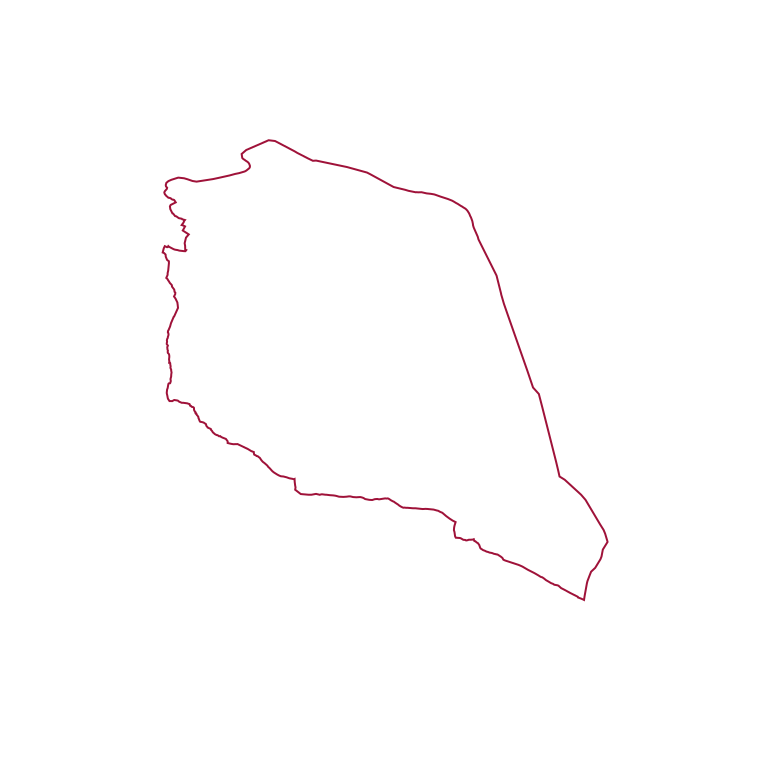 Skiptvet nor, Østfold, Norway, rotated 320°
{"feature_id": "86288312B781121604536", "entity_name": "Skiptvet nor", "entity_type": "district", "adm_level": 2, "iso_a3": "NOR", "parent_name": "Norway", "parent_adm1": "Østfold", "projection": "albers", "projection_center": [11.103, 59.471], "detail": "fine", "context": "isolated", "style": "outline", "palette": "rose", "viewbox_px": 768, "rotation_deg": 320, "n_neighbors": 0, "source": "geoboundaries", "source_scale": "gbopen_adm2", "svg_char_len": 6135}
<svg xmlns="http://www.w3.org/2000/svg" viewBox="0 0 768 768"><g transform="rotate(320 384 384)"><path d="M362.5,595.3L363.3,597.0L370.7,608.9L371.7,610.8L372.7,612.9L374.8,618.8L377.7,625.6L379.3,630.0L379.7,631.4L380.3,632.9L381.0,633.8L381.6,636.0L382.0,638.3L383.1,641.3L384.0,644.0L385.0,645.7L385.4,647.2L387.4,649.6L388.0,650.6L388.5,654.2L389.9,657.5L392.3,663.7L395.7,671.6L395.4,672.2L397.2,675.4L398.4,678.0L401.6,675.2L411.2,667.2L413.1,665.8L418.3,662.9L422.0,660.9L427.6,660.6L437.1,657.4L439.7,656.0L445.2,651.5L453.7,648.7L454.0,648.2L457.2,640.8L458.4,637.0L459.3,630.5L463.9,602.3L463.8,595.5L460.9,573.5L459.0,567.7L461.8,562.3L465.9,554.1L490.1,504.0L496.2,491.2L495.9,482.5L502.3,466.1L522.9,411.5L527.4,399.7L531.4,390.6L531.7,390.2L539.9,373.3L549.3,334.0L550.5,331.4L553.3,321.8L554.4,319.3L554.8,318.9L556.4,315.9L557.7,312.3L558.0,310.8L558.6,309.0L558.9,307.9L559.3,304.8L559.2,302.9L559.0,301.8L558.8,301.2L558.3,299.8L557.9,298.3L557.3,296.8L556.2,293.2L555.6,291.8L554.7,289.1L554.0,287.3L551.9,283.4L547.7,276.7L545.0,272.1L544.3,271.0L542.1,268.4L539.2,265.4L536.0,261.2L533.7,259.4L532.1,257.9L531.6,257.6L526.9,251.7L525.0,248.8L518.0,239.3L508.4,214.7L506.9,211.1L495.1,194.0L475.6,169.2L473.0,167.3L470.8,162.4L466.1,151.2L465.1,148.3L456.7,127.8L452.3,123.1L428.9,116.2L422.8,116.3L420.8,119.6L420.7,119.9L420.8,120.9L420.9,121.5L421.3,122.6L421.5,123.7L422.2,126.0L422.4,127.2L422.3,128.5L421.7,130.3L421.4,130.9L420.4,131.8L419.4,132.1L415.7,132.0L414.0,131.7L408.5,129.3L405.0,127.4L399.6,124.9L389.6,119.7L384.7,117.1L370.5,108.5L367.8,105.4L365.1,100.9L363.1,97.9L359.2,93.8L358.7,93.5L352.4,90.9L349.3,90.0L346.6,90.0L344.7,91.3L344.0,92.5L344.0,94.3L342.9,95.0L340.2,95.4L339.0,95.9L338.8,96.1L338.6,96.4L338.4,97.2L338.1,97.8L338.1,98.1L338.2,99.0L338.1,99.9L338.4,101.4L338.5,102.5L338.7,102.9L339.2,103.4L339.7,104.1L340.1,105.1L340.1,105.8L340.5,106.8L341.2,107.5L341.5,108.1L341.5,108.6L341.2,111.0L335.7,109.7L334.2,110.3L332.7,112.7L331.6,117.3L332.0,117.9L331.9,121.1L332.7,122.1L333.4,125.0L335.3,127.4L335.3,128.1L336.9,130.4L335.5,130.7L334.4,131.4L331.2,132.2L332.1,133.6L332.9,135.4L328.5,137.1L330.6,143.9L326.4,144.6L321.8,148.0L320.4,150.4L318.1,153.3L318.6,154.3L317.3,154.6L317.1,154.3L316.5,154.0L312.9,150.2L312.0,148.8L310.3,146.8L309.5,145.5L307.5,140.6L307.4,139.7L306.3,140.1L305.7,139.7L304.7,137.5L302.5,138.5L299.0,141.0L299.7,142.3L299.9,144.4L298.6,146.3L297.6,149.5L298.1,151.7L296.8,153.3L291.7,158.3L289.5,160.0L288.4,161.3L285.4,162.8L285.6,164.3L285.3,165.9L285.2,167.3L284.9,168.9L285.0,170.7L285.0,172.0L284.2,173.1L284.0,176.8L282.8,178.8L282.9,179.8L281.9,180.9L279.4,182.0L279.2,184.5L278.1,188.8L277.4,189.8L277.0,190.5L275.1,193.3L266.6,197.4L266.2,197.3L259.9,200.5L257.0,202.5L253.2,204.4L252.5,204.6L251.7,205.5L251.8,205.6L251.0,207.3L249.9,208.3L248.8,208.9L248.0,209.7L247.1,210.0L245.8,210.9L245.0,212.2L243.8,213.1L243.2,213.9L243.2,214.3L243.2,215.1L243.1,215.7L241.7,216.4L240.3,218.4L239.9,219.6L239.2,220.1L238.5,221.0L238.4,221.3L238.5,222.5L238.4,222.9L238.1,223.7L237.4,224.7L236.7,225.5L235.2,226.9L234.1,228.7L233.1,229.6L233.7,230.1L233.6,230.6L232.6,232.0L232.0,233.2L231.0,234.1L230.5,235.0L230.3,236.0L229.5,237.1L228.6,238.7L227.4,239.7L225.7,241.5L223.6,243.0L222.7,244.5L222.3,244.9L220.9,245.8L220.6,245.9L219.5,245.2L218.8,245.4L215.6,248.1L214.3,248.8L212.0,251.0L211.5,251.7L210.5,253.7L209.3,255.8L209.0,256.6L208.7,259.2L210.8,261.0L212.6,261.3L213.1,261.5L215.1,263.8L215.5,264.5L215.7,265.9L217.0,268.4L218.0,269.2L220.9,272.4L221.5,273.5L222.1,274.3L222.1,274.7L221.7,275.4L221.6,276.2L221.8,276.3L222.0,276.6L222.0,276.9L222.1,277.3L222.0,277.6L222.0,277.8L223.0,279.2L223.1,279.6L223.1,280.0L222.9,280.4L222.3,281.1L221.7,282.1L221.5,283.0L221.5,283.6L221.2,284.4L221.4,284.7L220.9,285.2L221.2,285.9L221.2,286.0L220.8,286.1L220.8,286.4L220.8,287.1L220.7,287.6L220.8,288.1L220.6,289.9L220.0,290.8L219.6,292.2L219.1,293.5L218.9,294.6L219.0,294.9L219.9,295.9L221.0,297.5L221.2,298.0L221.3,298.7L221.8,300.0L221.7,300.6L221.1,301.6L221.0,302.1L221.1,303.4L220.9,303.9L221.1,304.4L222.4,307.1L222.3,307.5L222.0,308.1L222.1,309.2L222.0,310.0L221.8,311.1L222.0,311.8L222.2,313.6L222.5,314.4L223.0,315.6L223.6,316.2L224.1,318.1L225.0,318.6L225.2,319.8L225.8,321.2L227.5,324.3L227.6,324.8L227.5,325.1L227.5,325.5L227.4,327.4L226.3,328.7L228.2,331.3L229.8,333.2L233.2,335.9L238.0,346.5L239.3,350.4L239.6,350.7L240.5,352.5L240.2,352.7L239.2,354.6L240.1,356.8L240.1,357.3L240.6,357.8L240.9,358.3L241.0,359.3L241.4,360.7L241.1,363.4L241.1,364.8L241.2,366.1L241.6,367.6L242.1,370.9L242.2,371.9L242.0,372.6L242.3,375.2L242.4,378.6L242.6,380.0L242.9,381.3L244.0,384.7L244.8,386.7L245.7,388.4L247.5,390.2L249.5,393.0L250.9,395.4L252.9,397.8L253.9,399.2L254.4,399.3L252.6,401.7L250.6,404.8L249.8,406.3L248.0,407.9L249.5,414.8L255.2,420.5L257.1,422.1L261.3,424.5L263.6,427.6L264.6,428.0L265.6,428.6L267.8,431.0L268.7,431.8L271.2,434.5L273.4,436.6L274.5,437.8L275.4,438.9L277.1,441.4L278.6,442.8L280.2,444.3L282.8,446.2L285.0,447.6L286.0,448.5L287.7,450.8L290.0,453.0L293.1,455.3L294.1,456.6L295.0,458.1L295.6,460.0L298.2,463.2L300.4,465.3L302.9,466.3L304.9,467.7L306.1,469.2L311.4,472.4L312.2,473.3L313.4,474.1L313.9,475.1L314.6,477.6L315.4,479.6L315.9,480.5L316.3,482.2L317.3,485.5L317.5,486.8L318.0,488.4L318.7,490.1L319.3,491.2L320.2,491.8L321.5,493.2L322.3,493.8L326.2,497.7L328.1,499.3L333.2,504.6L335.6,506.4L336.9,507.6L341.3,512.1L343.2,514.9L344.0,515.9L344.8,518.0L345.9,520.1L346.7,525.0L347.7,529.2L348.8,532.8L350.1,535.8L347.0,537.8L345.5,539.0L343.6,540.9L342.9,542.6L340.6,546.3L340.2,547.9L343.0,550.6L343.6,551.4L344.6,554.3L346.0,555.7L346.3,556.6L347.8,557.5L348.1,557.5L349.0,557.9L350.3,559.0L351.9,560.2L353.0,560.6L352.5,561.6L352.3,562.5L352.9,563.1L353.1,564.8L353.7,566.6L353.5,567.6L353.5,568.5L352.6,570.8L352.3,571.8L352.3,572.2L352.8,573.7L353.0,574.6L353.2,575.1L354.0,576.4L354.8,578.3L355.7,579.5L356.5,581.0L357.7,582.4L358.4,583.4L358.9,584.5L359.9,585.8L360.3,586.2L360.4,586.6L361.3,587.5L361.5,588.0L362.6,591.6L362.9,593.4L362.5,595.3Z" fill="none" stroke="#9f1239" stroke-width="2"/></g></svg>